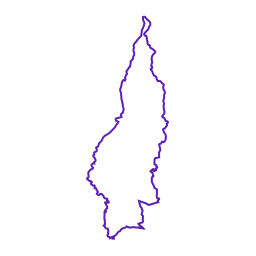 San Jose, San José, Costa Rica (Albers equal-area conic projection), rotated 71°
{"feature_id": "36466004B17043328523941", "entity_name": "San Jose", "entity_type": "district", "adm_level": 2, "iso_a3": "CRI", "parent_name": "Costa Rica", "parent_adm1": "San José", "projection": "albers", "projection_center": [-84.106, 9.936], "detail": "fine", "context": "isolated", "style": "outline", "palette": "violet", "viewbox_px": 256, "rotation_deg": 71, "n_neighbors": 0, "source": "geoboundaries", "source_scale": "gbopen_adm2", "svg_char_len": 5741}
<svg xmlns="http://www.w3.org/2000/svg" viewBox="0 0 256 256"><g transform="rotate(71 128 128)"><path d="M181.3,119.6L180.5,119.8L179.0,119.5L178.1,119.6L177.4,120.0L176.9,120.7L176.6,120.9L176.4,120.9L176.1,120.6L175.8,120.0L175.5,118.5L175.1,118.2L175.0,117.9L175.1,117.6L175.3,117.4L176.2,117.8L177.2,117.6L177.3,117.4L177.3,116.9L177.0,115.8L177.0,115.2L176.9,115.0L176.7,115.0L176.4,115.8L176.0,115.8L175.9,115.7L175.3,114.9L175.1,113.6L174.7,113.2L174.1,113.2L173.3,113.7L173.0,113.7L172.6,113.3L172.2,113.4L171.8,113.7L170.9,114.8L170.5,114.6L168.9,114.2L168.0,113.7L166.7,113.2L165.5,112.5L165.9,108.1L161.2,106.6L159.4,104.7L158.5,104.4L154.0,104.0L153.7,103.9L153.4,103.6L153.5,102.0L153.4,101.6L152.0,100.4L152.9,98.9L152.9,98.1L151.2,96.2L149.1,95.2L147.9,94.8L147.0,94.7L145.8,94.7L143.4,95.5L141.5,95.4L140.5,95.1L140.4,94.9L140.4,93.4L139.6,92.1L139.3,91.9L138.3,90.6L138.0,90.1L136.6,89.9L136.5,89.5L136.2,89.0L135.9,88.6L135.4,88.3L134.9,88.3L134.4,88.8L134.1,89.7L132.5,90.2L131.0,90.3L130.2,90.6L129.8,90.8L129.3,91.3L129.2,91.8L128.2,91.9L127.8,91.7L126.8,90.0L126.4,89.5L126.2,89.0L125.9,88.8L123.3,87.9L122.2,88.2L121.6,87.7L119.8,87.5L118.6,87.2L117.3,86.3L116.5,86.0L114.0,85.8L112.7,85.1L111.6,84.2L110.9,83.8L109.0,83.4L106.6,81.5L104.5,81.5L103.5,81.8L101.4,81.7L101.0,81.6L100.4,81.0L99.5,80.6L98.9,80.1L98.3,80.1L97.9,80.3L96.8,81.2L94.6,82.0L94.3,82.2L93.7,82.9L93.4,84.6L92.1,84.7L91.5,84.9L90.5,84.9L89.9,84.7L89.1,84.6L87.5,85.6L86.9,86.2L86.5,86.4L85.5,86.6L81.7,86.7L81.1,86.9L80.7,87.4L80.1,87.4L79.7,87.4L79.5,87.2L79.3,86.9L79.1,85.7L78.4,85.3L77.4,85.3L77.0,85.7L76.7,85.7L75.4,85.0L73.9,83.8L70.9,83.3L70.1,83.0L68.4,82.2L67.9,81.8L67.9,81.6L67.1,80.8L66.5,80.0L65.6,78.0L65.3,77.8L64.7,77.3L61.0,79.2L60.7,79.7L60.3,79.8L59.9,80.4L59.4,80.7L58.0,80.8L57.5,80.5L56.7,80.6L55.6,82.0L54.1,81.9L53.2,81.5L52.8,81.4L51.0,81.5L48.6,80.8L46.8,80.8L46.5,81.0L46.3,81.8L45.3,82.3L44.9,82.3L44.3,81.9L43.1,80.4L41.9,77.9L40.6,76.1L39.1,75.1L38.2,73.9L37.9,73.5L37.2,73.1L36.0,72.8L34.7,72.9L32.8,73.8L32.3,74.4L31.1,74.7L29.8,75.4L28.7,75.6L28.0,76.6L27.9,77.6L31.0,78.6L34.2,78.2L38.0,80.9L39.4,82.4L40.3,83.1L44.0,84.9L45.0,85.5L45.6,86.2L45.8,86.9L46.5,88.4L47.6,90.2L48.5,91.3L49.9,93.9L51.4,95.6L52.1,96.0L53.8,96.1L55.2,97.1L56.5,97.6L58.9,97.7L59.9,98.0L61.1,98.5L62.3,99.9L64.2,100.9L66.1,104.0L67.5,104.3L70.6,106.1L70.6,106.5L71.2,107.6L72.3,108.7L73.0,109.7L73.0,109.9L73.3,110.2L73.9,111.1L75.1,111.2L76.8,111.5L77.1,112.3L77.5,112.8L79.0,114.1L79.2,114.3L79.9,114.3L80.2,114.5L80.8,114.5L81.6,114.8L82.2,115.3L82.2,115.7L81.3,116.4L81.2,116.8L81.4,117.3L81.8,117.8L82.6,118.7L83.6,119.3L85.8,120.5L88.8,122.7L89.8,123.2L91.8,123.2L92.9,123.5L94.0,123.5L95.2,123.9L95.8,124.0L98.7,124.8L102.3,125.0L103.3,125.3L104.5,125.4L106.1,125.8L107.9,125.8L108.5,125.9L109.6,126.4L110.7,127.3L111.7,127.8L112.0,128.1L112.2,129.1L112.4,129.7L112.9,130.2L113.3,130.4L115.4,130.4L115.4,133.0L115.3,134.0L115.1,134.8L115.1,135.7L115.3,136.5L115.6,136.8L116.0,136.9L117.0,137.0L117.4,136.7L119.0,135.1L119.3,135.5L120.3,136.5L121.0,137.7L121.5,138.3L121.7,138.6L122.1,139.0L123.4,140.7L126.6,147.0L127.3,149.6L127.6,151.7L128.3,153.6L129.3,155.1L130.6,156.2L131.8,157.6L133.2,160.5L135.2,161.9L135.6,162.3L135.9,162.8L135.9,164.0L136.3,164.6L138.3,164.6L139.3,164.8L139.7,165.3L139.9,165.9L139.9,167.4L140.1,167.9L140.7,168.2L142.2,168.5L142.3,168.8L142.5,169.6L142.8,169.9L144.0,169.9L145.2,169.4L146.9,169.1L147.8,169.1L148.4,169.4L148.9,169.9L149.1,170.8L149.4,171.3L150.6,171.4L150.2,172.3L150.3,173.4L151.0,174.6L152.7,174.6L153.6,174.2L153.9,174.1L154.3,174.1L154.6,174.3L155.0,174.8L155.1,176.4L155.7,177.8L156.3,179.0L157.1,180.0L158.1,180.4L159.7,180.7L161.4,181.2L161.9,181.6L162.2,182.8L162.5,183.2L163.3,183.1L164.6,182.2L165.6,181.7L166.2,180.4L166.7,179.9L167.6,179.9L167.8,180.2L167.9,180.8L168.3,181.2L168.5,181.3L168.9,181.2L169.6,180.7L170.8,180.1L171.2,179.3L171.3,178.6L171.9,178.3L172.3,178.3L172.8,178.8L174.1,179.2L174.2,178.7L174.7,177.8L176.7,177.8L178.2,177.3L178.6,177.3L178.8,177.4L179.9,178.9L180.9,178.5L181.7,177.8L181.9,177.4L181.8,176.5L181.2,175.8L181.7,174.6L183.4,173.6L184.3,173.4L185.9,173.3L186.6,173.1L187.2,172.5L187.6,171.6L188.1,170.8L188.8,170.8L189.5,171.4L189.8,171.4L190.1,171.4L190.9,170.3L192.2,170.6L192.0,171.5L191.6,172.4L191.3,172.8L190.9,173.7L191.1,174.0L191.9,174.0L192.5,173.6L193.8,173.6L195.1,173.4L196.0,173.4L197.0,173.8L197.6,175.3L198.4,176.4L199.4,175.9L199.9,176.0L200.2,176.3L200.3,176.5L200.3,176.9L199.9,177.4L199.9,177.7L201.7,178.1L202.5,178.6L203.7,178.8L204.6,179.5L206.1,179.8L207.6,179.9L208.8,180.4L211.4,181.1L212.3,181.6L212.2,182.4L212.3,182.8L212.7,182.7L213.6,182.0L214.6,181.8L215.4,181.8L215.7,181.6L216.6,179.9L217.9,180.0L219.6,180.3L220.4,181.0L221.0,181.0L221.8,181.3L222.1,181.5L222.5,182.3L223.3,182.5L223.8,182.4L224.3,182.1L224.6,181.5L225.2,181.1L226.3,181.0L226.2,180.7L225.9,180.2L225.8,179.8L225.9,178.4L227.5,178.8L228.0,177.3L226.6,176.9L225.6,176.3L225.5,176.0L225.4,174.7L224.8,173.6L223.1,170.9L222.9,170.3L222.9,169.1L221.7,167.6L221.4,167.0L221.2,165.6L221.3,162.8L220.6,161.3L221.4,160.4L221.8,160.2L221.9,159.7L222.8,158.9L223.2,156.3L223.5,155.1L224.3,153.6L225.2,151.4L225.9,150.3L227.2,147.6L227.9,146.7L228.1,146.1L225.6,147.2L224.9,148.1L224.1,148.8L223.7,148.5L222.1,149.3L221.8,147.7L222.0,145.0L220.5,143.8L219.3,143.9L216.3,142.5L214.2,143.3L210.9,141.1L207.5,141.3L206.4,141.8L200.5,141.4L204.8,135.9L207.5,133.5L208.0,123.6L207.2,123.8L206.4,123.6L206.2,123.5L206.1,122.8L205.4,121.7L204.6,121.7L203.8,123.2L201.7,123.1L199.8,122.1L195.9,120.8L195.0,120.8L193.5,122.4L191.7,122.4L186.5,123.0L182.4,121.5L182.1,120.2L181.3,119.9L181.3,119.6Z" fill="none" stroke="#5b21b6" stroke-width="2"/></g></svg>